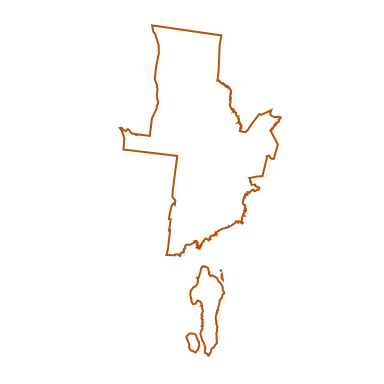 outline of Davao del Norte, Davao del Norte, Philippines, rotated 7°
{"feature_id": "2640588B4700873759555", "entity_name": "Davao del Norte", "entity_type": "district", "adm_level": 2, "iso_a3": "PHL", "parent_name": "Philippines", "parent_adm1": "Davao del Norte", "projection": "natural_earth1", "projection_center": [125.731, 7.448], "detail": "fine", "context": "isolated", "style": "outline", "palette": "amber", "viewbox_px": 384, "rotation_deg": 7, "n_neighbors": 0, "source": "geoboundaries", "source_scale": "gbopen_adm2", "svg_char_len": 6055}
<svg xmlns="http://www.w3.org/2000/svg" viewBox="0 0 384 384"><g transform="rotate(7 192 192)"><path d="M132.1,31.5L133.8,37.0L134.6,38.3L136.0,39.3L141.0,50.3L142.2,58.5L141.1,71.7L141.3,84.7L143.9,89.3L144.4,91.2L144.2,91.9L145.2,94.0L145.4,101.6L147.5,107.1L147.5,108.0L146.7,110.1L146.7,113.4L143.3,123.7L143.3,141.5L129.8,141.4L130.1,142.0L129.2,142.0L129.0,141.4L125.7,141.3L123.2,139.8L122.6,138.8L121.1,137.7L120.2,137.6L119.1,139.5L116.7,139.1L114.2,136.8L112.6,137.3L114.7,139.6L117.1,144.1L118.4,147.5L118.8,158.2L173.0,158.0L172.7,191.0L173.0,198.4L174.0,200.3L176.5,202.3L176.5,206.6L175.0,205.6L173.6,208.1L173.0,211.0L173.0,213.6L172.5,216.6L172.4,221.6L174.2,221.7L173.9,233.0L174.9,232.6L175.1,251.4L174.3,257.6L182.8,256.9L182.7,256.2L184.6,255.7L186.1,255.8L187.9,257.1L188.3,256.2L187.9,255.1L189.0,253.3L190.9,253.1L190.7,252.6L191.2,252.0L190.7,251.0L191.1,250.8L191.0,249.5L191.6,249.4L191.7,248.6L192.2,248.5L191.8,246.2L192.8,245.1L196.5,244.6L200.7,241.5L200.3,240.6L202.0,239.9L202.7,240.1L202.8,241.0L203.7,241.5L202.9,242.2L203.5,242.9L203.0,243.5L203.9,245.7L203.4,246.5L204.1,246.6L204.6,245.5L204.8,246.8L205.4,246.6L206.0,247.5L206.5,247.5L207.0,245.4L207.9,244.2L207.9,243.6L207.5,243.3L206.7,244.3L206.8,243.6L208.8,240.5L209.1,240.8L208.9,240.5L209.2,239.6L209.6,239.6L209.3,239.6L209.6,239.6L209.5,239.1L211.2,236.5L212.3,236.7L213.8,237.7L214.7,237.1L214.8,237.6L215.3,237.1L215.0,236.9L216.0,236.4L215.1,235.4L216.2,233.3L217.5,233.0L218.6,232.1L219.3,231.9L219.7,232.4L220.3,231.9L220.3,229.9L221.2,230.9L221.1,230.1L221.4,230.2L221.1,229.2L222.5,227.8L226.4,224.8L229.2,223.9L229.9,223.1L230.6,223.4L232.6,222.5L232.6,221.7L233.1,222.0L234.6,221.0L239.2,216.9L239.7,215.9L239.2,216.0L239.3,215.7L241.2,215.7L241.1,216.3L241.6,216.8L241.9,215.4L242.4,215.3L245.7,217.2L246.2,216.5L245.8,215.7L244.6,214.9L245.1,213.1L244.7,212.3L245.4,209.2L246.7,209.1L245.4,208.2L245.3,207.7L246.3,206.5L246.3,205.1L246.8,205.6L247.0,204.9L247.7,204.5L247.8,203.7L247.6,202.7L246.6,202.9L247.2,202.0L246.3,201.3L246.6,200.3L246.1,199.4L246.4,198.7L245.8,198.2L245.0,198.3L243.7,197.0L244.1,192.3L244.6,191.8L244.2,190.9L245.4,190.4L244.8,189.5L245.0,188.0L245.3,187.7L246.2,188.4L247.4,188.1L246.9,185.5L248.3,185.3L249.0,185.9L251.3,182.7L252.9,182.2L253.5,183.5L254.5,183.5L256.2,182.2L257.6,181.8L258.5,180.5L257.9,179.2L256.4,179.6L255.7,178.5L254.3,178.5L253.6,177.7L253.7,177.0L250.2,177.6L249.4,176.0L249.1,174.3L248.5,174.4L248.0,172.0L247.0,171.3L253.7,169.0L260.0,167.6L262.1,149.7L261.8,147.3L264.3,146.7L265.5,148.5L267.2,149.4L269.2,149.1L271.4,134.3L262.4,121.4L262.6,120.6L263.7,120.4L263.6,119.3L264.1,119.3L264.6,118.7L264.6,117.9L265.9,116.6L265.6,115.6L266.0,115.3L266.5,115.7L266.9,115.5L266.5,114.4L267.0,114.4L267.6,113.6L267.4,112.8L268.1,112.4L268.4,112.8L269.6,111.6L269.7,110.1L269.3,109.6L270.3,108.8L271.0,107.2L268.8,106.8L265.4,107.6L262.5,107.1L260.6,106.1L260.1,103.9L260.7,101.2L251.4,106.9L249.3,106.4L243.2,116.8L239.3,124.5L237.5,126.2L232.1,125.7L232.4,124.7L232.0,123.1L233.0,123.0L233.1,121.6L232.5,121.9L232.8,121.1L232.3,120.1L232.5,119.5L231.6,119.4L231.7,118.3L231.3,117.8L230.4,117.8L230.4,117.0L229.2,117.4L229.7,116.8L230.0,115.6L229.8,113.8L229.5,113.6L229.4,114.0L228.9,113.4L228.9,111.3L227.4,111.4L226.1,109.5L226.0,107.9L224.8,107.4L224.4,107.6L224.4,106.8L223.7,106.0L223.1,106.6L223.3,105.8L222.7,105.5L222.7,104.9L222.3,105.1L221.5,104.5L221.0,104.9L220.8,104.0L219.4,102.5L219.4,101.5L218.8,100.8L219.4,98.5L219.1,96.7L218.5,96.3L218.6,95.3L219.0,95.3L219.2,94.5L218.4,94.5L218.7,93.1L218.1,92.5L218.6,90.0L218.1,89.6L218.3,89.0L218.8,88.8L217.9,85.9L216.4,84.5L215.8,84.4L216.1,83.8L214.5,82.5L213.9,82.5L213.8,83.6L213.2,83.5L211.7,82.5L211.9,81.9L211.2,81.7L211.2,81.2L209.9,81.2L210.7,80.2L210.2,80.6L209.7,80.2L207.8,80.4L206.7,79.7L206.5,78.9L206.0,79.1L205.0,78.5L205.0,78.2L204.5,78.3L204.2,77.9L203.6,78.2L203.7,69.1L201.5,42.7L202.2,33.0L132.1,31.5ZM216.7,265.1L213.7,264.3L213.4,264.6L212.4,264.4L212.0,264.9L211.7,264.7L211.2,265.5L210.9,265.4L210.3,267.2L210.0,271.7L209.4,273.1L209.5,274.7L208.7,277.4L208.6,282.1L208.3,282.7L207.9,282.7L208.3,282.8L207.7,284.2L206.7,285.4L205.3,286.1L202.9,290.0L202.8,294.4L204.3,297.9L204.2,298.6L204.6,298.8L204.8,300.9L206.8,303.1L207.6,303.2L208.9,302.5L210.6,299.2L211.3,299.2L211.3,299.8L211.3,299.2L212.8,299.5L214.0,300.2L213.9,300.9L214.1,300.4L215.0,301.4L215.2,303.1L215.5,303.2L215.3,303.5L215.6,303.4L215.4,303.6L216.0,304.2L216.3,306.8L217.0,307.6L217.4,309.1L216.5,312.4L217.1,313.2L217.6,313.1L217.2,313.2L217.6,313.4L217.3,313.4L217.6,314.2L216.7,315.1L216.7,315.7L217.3,317.0L218.3,317.4L218.0,318.7L218.6,319.6L218.6,320.5L218.2,320.5L218.4,321.5L218.2,322.0L218.7,323.1L218.4,323.1L218.7,323.2L218.3,323.6L218.6,323.6L219.0,327.4L217.8,329.1L217.6,331.8L220.3,338.1L221.8,339.8L224.2,344.9L224.1,348.6L224.4,350.0L225.0,350.4L226.5,350.5L227.5,351.3L227.6,352.3L228.3,352.5L228.9,352.0L229.3,349.9L230.1,348.8L230.6,344.9L231.4,344.1L232.5,344.0L233.9,340.4L235.1,339.3L233.4,329.1L233.8,326.9L233.1,324.1L233.8,323.0L232.2,319.9L231.9,318.9L232.2,318.2L231.1,315.4L230.7,312.2L231.2,310.5L231.1,309.3L231.7,308.6L231.3,308.1L231.7,307.6L231.3,306.8L232.3,305.9L231.9,304.9L232.8,299.5L232.6,295.9L233.6,295.2L233.8,293.8L234.9,293.1L234.6,290.7L236.3,288.6L236.2,287.7L234.8,285.9L234.2,284.2L234.3,283.1L233.5,281.5L231.0,278.5L229.2,277.5L227.2,274.2L221.9,272.2L221.1,272.4L221.0,273.1L219.9,272.7L218.7,271.0L219.1,270.4L218.9,269.6L218.5,269.6L217.4,266.1L216.7,265.1ZM211.6,332.5L207.4,332.5L206.2,333.4L204.1,336.1L204.3,337.3L207.4,342.7L208.2,344.9L207.9,346.3L208.7,348.1L210.5,349.5L211.9,349.6L215.2,350.9L216.1,348.8L217.3,347.5L217.2,346.1L218.0,343.9L217.1,339.6L216.4,339.4L215.7,338.4L213.0,333.1L211.6,332.5L211.6,332.2L211.6,332.5ZM231.6,269.8L231.3,270.3L231.8,271.7L231.8,272.8L232.6,274.9L233.2,275.3L231.6,269.8ZM230.0,265.5L230.0,266.6L230.3,266.7L230.5,266.6L230.0,265.5ZM207.5,275.5L207.2,276.4L207.3,276.5L207.5,275.5Z" fill="none" stroke="#b45309" stroke-width="2"/></g></svg>